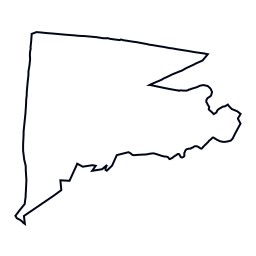 the district of Taniche, Oaxaca, Mexico
{"feature_id": "50627088B3574093962845", "entity_name": "Taniche", "entity_type": "district", "adm_level": 2, "iso_a3": "MEX", "parent_name": "Mexico", "parent_adm1": "Oaxaca", "projection": "orthographic", "projection_center": [-96.759, 16.568], "detail": "fine", "context": "isolated", "style": "outline", "palette": "ink", "viewbox_px": 256, "rotation_deg": 0, "n_neighbors": 0, "source": "geoboundaries", "source_scale": "gbopen_adm2", "svg_char_len": 4853}
<svg xmlns="http://www.w3.org/2000/svg" viewBox="0 0 256 256"><path d="M207.8,54.2L204.7,53.6L204.4,53.5L200.7,53.0L193.8,52.0L188.9,51.1L176.7,49.2L173.1,48.5L172.6,48.4L172.4,48.4L169.7,48.1L163.4,46.9L161.7,46.6L160.0,46.4L159.6,46.3L152.5,45.1L148.8,44.6L146.8,44.0L145.4,43.8L141.1,43.0L136.3,42.1L135.7,42.0L133.7,41.8L123.3,40.2L120.9,39.5L119.8,40.1L115.7,39.6L110.5,38.9L107.4,38.1L106.8,38.3L102.8,38.2L100.5,37.8L99.2,37.6L96.9,37.2L96.7,37.2L93.6,36.9L84.9,36.1L80.0,35.9L76.0,35.6L75.9,35.5L66.9,34.8L66.7,34.8L52.3,33.5L45.8,33.0L42.2,32.6L36.5,32.1L31.7,33.9L31.2,40.9L30.5,47.6L30.7,48.5L30.0,52.1L29.9,55.1L30.1,59.5L29.4,66.0L28.5,71.0L28.4,75.4L28.0,79.0L27.6,82.7L26.8,91.7L26.8,92.1L26.7,95.6L26.3,98.6L26.2,99.9L26.0,105.4L25.4,114.0L23.6,131.5L23.6,134.3L23.1,144.5L23.1,150.7L23.8,156.3L24.2,159.6L25.7,165.8L25.8,170.5L26.4,180.0L25.9,191.0L25.6,196.0L25.7,196.5L25.1,200.5L24.7,204.0L21.7,207.7L18.9,211.2L17.2,213.5L15.4,215.8L16.8,218.2L20.3,220.0L21.3,220.8L23.5,222.9L24.9,223.9L23.9,216.0L54.1,195.4L61.3,190.1L60.4,180.3L69.5,180.8L77.1,164.1L77.2,163.7L82.8,166.7L88.4,165.8L92.5,165.2L95.7,165.8L92.2,170.8L100.4,169.5L102.1,169.2L107.0,165.0L105.4,168.6L105.6,170.0L106.8,170.7L112.1,165.6L116.8,155.1L128.5,152.2L130.3,153.2L130.5,153.3L130.8,153.5L131.2,153.9L131.6,154.3L132.3,154.8L133.0,155.1L133.6,155.1L134.2,155.1L135.1,155.1L135.7,155.0L136.4,155.0L136.7,155.0L137.2,154.9L137.7,154.9L138.4,154.8L138.9,154.8L139.4,154.8L140.0,154.8L140.5,154.7L141.0,154.7L141.6,154.7L142.3,154.6L142.6,154.6L143.3,154.6L144.0,154.5L144.7,154.6L145.1,154.5L145.5,154.4L146.1,154.4L146.8,154.3L147.3,154.3L147.8,154.2L148.6,153.9L149.2,153.9L150.1,153.7L150.6,153.6L151.2,153.6L151.7,153.5L152.4,153.4L153.2,153.4L153.8,153.4L154.6,153.6L155.3,153.8L156.8,154.2L157.6,154.5L158.2,154.7L160.3,155.4L161.0,155.6L161.4,155.8L162.3,156.0L162.8,156.1L163.3,156.3L164.4,156.5L164.9,156.5L165.5,156.5L166.1,156.6L167.0,156.8L167.4,157.0L167.6,157.1L168.3,157.4L168.5,157.7L168.6,157.9L168.8,158.2L169.0,158.6L169.3,158.9L169.4,159.0L169.6,159.1L169.8,159.1L170.3,158.9L170.6,158.7L171.3,158.4L172.0,158.0L172.7,157.6L174.4,156.2L175.4,155.6L176.3,155.1L177.0,154.7L177.3,154.2L178.1,154.0L178.8,154.0L179.3,154.3L179.6,154.9L179.8,155.3L180.2,156.0L180.5,156.6L180.7,157.0L181.2,157.3L181.7,157.4L182.4,157.4L182.9,157.2L183.4,156.9L183.8,156.6L184.2,156.2L184.4,155.6L184.3,154.8L184.3,153.8L184.3,153.0L184.7,152.3L185.0,151.5L185.4,150.5L186.1,149.6L187.3,149.0L188.9,148.7L189.6,148.7L190.2,148.7L190.4,148.7L190.8,148.5L191.0,148.3L191.4,147.9L191.9,147.8L192.3,147.7L192.6,147.6L193.2,147.3L193.4,147.0L193.8,146.7L194.5,146.4L195.4,146.2L196.3,146.2L196.9,146.3L197.5,146.5L198.7,147.2L199.4,147.6L200.2,148.2L200.7,148.5L201.6,148.6L202.2,148.2L203.1,146.9L203.9,146.2L205.1,144.9L206.1,144.0L206.5,143.7L207.0,143.1L207.5,142.6L208.1,142.1L208.6,141.3L209.5,140.4L210.4,139.7L211.0,139.2L211.7,138.5L212.1,138.1L212.5,137.7L213.0,137.5L213.4,137.6L213.9,137.8L214.6,138.2L215.1,138.7L215.6,138.9L216.2,139.3L216.5,139.5L217.0,139.8L217.7,140.1L218.4,140.5L219.1,140.8L219.9,141.2L220.4,141.3L221.0,141.4L221.5,141.6L222.0,141.6L222.6,141.8L223.5,141.9L224.5,141.9L225.6,141.8L226.0,141.7L226.4,141.6L226.8,141.5L227.2,141.5L227.7,141.4L228.2,141.3L229.0,141.1L229.5,141.0L229.9,140.8L230.3,140.7L230.6,140.6L230.9,140.5L232.7,138.5L234.4,135.0L235.7,132.5L235.9,132.1L240.5,123.6L238.1,119.1L238.1,118.9L238.0,118.3L240.6,113.9L237.3,111.3L231.7,109.0L229.5,106.7L228.7,105.8L227.8,104.6L227.0,105.1L226.1,105.6L225.3,106.2L224.6,106.4L224.0,106.5L223.2,106.5L222.3,107.0L220.9,107.8L220.0,108.3L219.1,108.8L218.1,109.6L217.7,110.0L217.2,110.7L216.9,111.3L216.8,111.6L216.6,112.1L216.2,112.6L215.5,113.1L214.7,113.5L214.0,113.9L213.8,114.1L213.3,113.7L212.4,112.7L211.1,111.5L210.4,110.9L209.6,110.3L209.2,109.9L209.0,109.6L208.8,109.3L208.8,109.2L208.8,108.9L208.8,108.7L208.9,108.4L209.1,107.9L209.1,107.6L209.2,107.3L209.1,106.8L208.9,106.5L208.7,106.2L208.5,105.8L207.9,104.9L207.4,103.9L206.7,102.6L206.4,102.1L206.3,101.9L206.3,101.7L206.3,101.4L206.4,100.9L206.3,100.3L206.5,99.9L207.0,98.9L207.6,98.1L208.1,97.7L208.8,97.3L209.5,96.9L210.3,96.3L210.9,95.7L211.2,94.9L211.3,94.8L212.0,92.1L211.9,91.6L211.3,90.4L210.7,88.9L209.7,87.8L208.1,86.3L207.1,85.8L205.6,85.6L203.9,85.1L202.5,85.2L200.0,85.7L197.1,87.1L193.8,88.1L191.4,88.8L190.1,89.4L188.6,89.7L187.7,90.3L186.7,90.6L185.3,90.6L183.0,90.6L180.6,90.3L179.5,90.6L179.2,90.8L178.9,90.8L178.4,90.4L177.4,90.4L169.5,89.0L168.1,88.7L166.6,88.4L165.9,88.3L159.2,86.9L158.7,86.8L150.2,85.0L149.6,85.0L150.1,84.7L150.7,84.4L157.2,81.6L159.0,80.9L161.8,79.6L162.9,78.9L164.6,78.0L165.9,77.5L171.1,75.0L171.7,74.6L179.7,71.4L181.9,70.6L186.4,68.0L186.9,67.8L193.4,64.8L195.4,63.7L202.1,60.7L202.5,60.6L207.8,54.2Z" fill="none" stroke="#020617" stroke-width="2"/></svg>